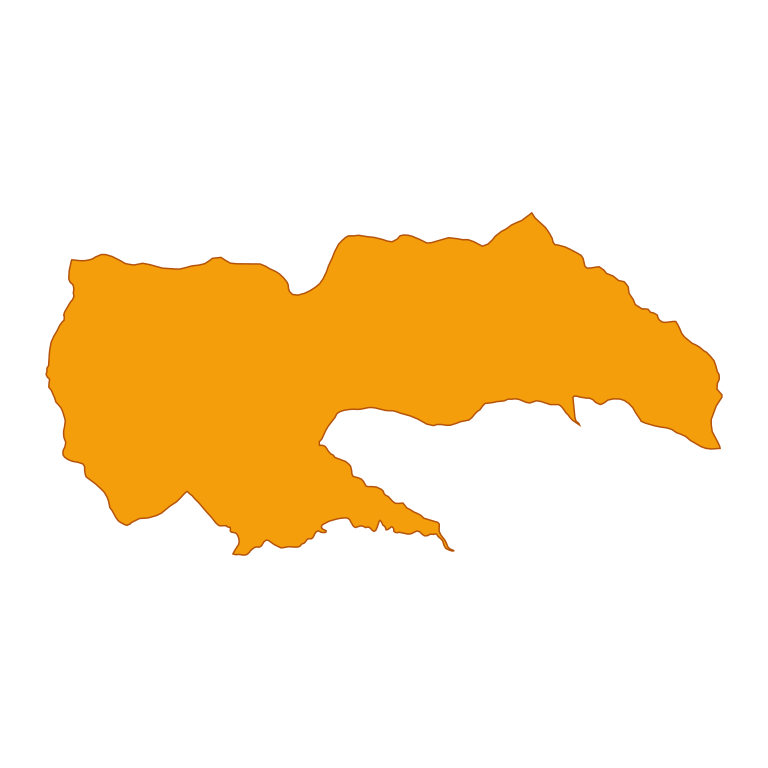 the district of Jordán Sube, Santander, Colombia
{"feature_id": "7082276B50890297817335", "entity_name": "Jordán Sube", "entity_type": "district", "adm_level": 2, "iso_a3": "COL", "parent_name": "Colombia", "parent_adm1": "Santander", "projection": "robinson", "projection_center": [-73.096, 6.712], "detail": "fine", "context": "isolated", "style": "filled", "palette": "amber", "viewbox_px": 768, "rotation_deg": 0, "n_neighbors": 0, "source": "geoboundaries", "source_scale": "gbopen_adm2", "svg_char_len": 6066}
<svg xmlns="http://www.w3.org/2000/svg" viewBox="0 0 768 768"><path d="M531.8,212.9L521.7,220.5L516.4,222.7L511.5,225.0L506.4,228.8L501.2,231.6L495.3,236.2L492.1,240.2L487.8,244.2L482.4,246.2L473.8,241.7L468.1,239.7L462.5,239.7L457.2,238.7L448.6,237.7L430.9,242.8L426.9,243.0L420.0,239.6L412.5,236.4L407.9,235.2L403.5,235.0L400.1,235.8L397.1,239.2L392.0,241.8L387.4,241.1L382.0,239.3L374.6,237.5L367.5,236.7L358.6,235.3L353.3,235.9L348.4,235.9L345.5,237.5L342.0,240.6L338.6,244.2L334.8,251.4L332.1,258.2L328.6,265.6L326.3,272.2L323.1,278.8L319.6,283.8L315.3,287.3L309.7,290.9L304.6,293.3L297.9,295.1L292.6,294.5L289.6,291.7L288.5,288.5L288.2,284.9L287.1,282.3L284.0,278.3L279.9,274.3L276.4,271.9L268.9,268.3L265.7,266.3L260.1,264.0L237.0,263.8L230.5,263.2L225.2,260.2L221.0,257.4L212.5,258.3L208.8,261.1L204.7,263.7L198.9,265.1L191.9,265.9L185.5,267.7L179.4,269.1L174.9,269.0L162.2,268.1L150.1,264.7L142.7,263.3L134.0,265.0L128.9,264.3L125.2,263.5L119.7,260.3L112.1,256.5L105.7,254.6L101.4,254.5L95.5,257.0L92.3,259.0L88.8,260.0L84.6,260.7L80.2,260.7L71.8,259.8L71.3,261.1L69.2,270.7L68.8,277.8L69.0,279.7L70.4,282.5L72.5,284.3L73.5,286.3L73.8,289.7L73.3,293.1L74.0,296.1L72.8,299.2L70.1,302.6L64.6,312.0L63.7,315.3L64.3,316.2L64.1,320.1L62.1,322.1L59.8,325.2L57.1,330.7L53.7,336.5L51.2,342.1L49.9,348.7L49.4,353.1L48.6,365.6L46.9,368.2L46.9,371.4L46.1,374.3L47.4,377.1L49.6,379.3L49.1,382.6L48.8,387.1L51.3,390.3L54.5,397.6L55.9,402.0L58.6,405.0L61.0,407.9L62.7,411.6L64.6,417.9L65.3,421.0L64.6,426.2L63.6,431.1L63.6,434.7L64.0,437.7L65.6,441.8L65.6,443.7L64.9,446.8L63.1,450.6L62.9,453.4L63.2,455.2L64.7,457.3L67.5,459.2L70.2,460.5L72.8,461.4L78.0,462.3L82.9,463.9L84.6,466.5L84.6,469.9L85.3,474.5L86.2,476.9L95.7,484.0L100.9,488.8L104.3,492.3L107.0,496.9L108.4,500.6L109.9,507.6L112.3,510.9L115.7,517.2L118.0,520.5L120.3,522.3L124.8,524.7L126.9,525.3L130.0,524.0L131.5,522.5L139.5,518.5L148.3,517.9L156.6,515.5L161.5,513.1L170.2,505.9L176.4,501.9L180.6,497.8L184.2,493.8L187.0,491.4L187.9,492.0L189.4,493.6L192.2,495.7L194.8,498.8L199.0,503.0L205.9,511.2L211.3,517.1L216.0,523.1L218.4,525.2L219.8,525.8L226.4,525.7L226.8,526.4L228.3,527.1L230.2,527.5L230.4,528.6L230.3,531.1L231.3,532.1L235.4,532.9L236.7,533.9L237.7,535.5L238.8,538.4L239.2,541.7L238.6,544.5L234.9,550.2L232.9,553.9L235.6,554.7L239.0,554.4L243.3,555.1L246.1,554.8L247.4,554.1L249.3,552.4L250.6,550.6L252.0,549.3L254.3,547.7L255.8,547.0L259.0,547.1L260.3,546.7L261.6,545.7L263.7,542.1L265.3,540.7L266.6,540.0L268.9,540.7L274.1,544.5L280.8,547.8L282.3,547.8L288.7,546.7L295.4,547.1L298.4,546.9L300.2,546.0L301.2,544.6L302.2,543.8L303.8,543.3L304.9,542.5L306.9,539.7L307.6,539.0L309.9,538.7L311.3,538.8L312.5,538.0L313.7,536.2L314.6,534.2L315.5,532.7L316.6,531.6L317.7,531.0L318.7,531.0L320.9,532.2L322.5,532.5L325.1,532.5L326.1,531.8L326.1,530.7L322.8,529.2L321.6,527.8L321.4,526.5L322.1,525.1L323.2,524.3L329.1,521.2L336.0,519.2L340.2,518.3L345.6,517.8L348.1,518.4L349.5,519.5L353.0,525.7L354.4,527.0L355.6,527.5L359.5,526.2L361.6,525.9L363.9,526.6L365.5,527.6L366.8,527.2L368.7,527.1L370.6,528.5L371.9,530.0L373.8,531.3L375.6,530.6L377.0,527.7L379.2,521.2L380.2,520.4L381.6,522.2L382.9,525.1L384.4,526.1L385.5,527.7L386.0,529.8L387.9,529.5L391.6,526.7L392.9,527.5L393.8,529.0L393.8,531.3L395.3,532.4L397.1,532.7L399.6,532.3L407.9,534.1L410.3,533.9L412.0,533.4L416.7,531.0L419.6,531.7L421.9,534.0L424.4,535.8L427.0,535.8L430.2,534.3L432.1,534.2L433.5,534.4L435.9,533.8L436.8,534.4L437.7,535.9L439.0,537.3L441.1,539.0L442.8,541.3L444.0,545.3L445.8,548.4L449.0,550.0L452.0,551.0L454.3,550.8L449.7,548.8L447.9,546.9L446.2,542.7L445.0,540.4L440.7,534.7L439.1,531.1L439.3,524.2L437.8,522.4L423.8,518.2L421.2,515.6L417.9,513.7L413.9,512.0L410.5,509.8L406.7,507.8L403.0,503.1L398.3,503.4L395.4,503.3L392.8,501.5L388.2,496.5L385.5,495.2L384.1,493.7L383.2,491.1L381.3,489.3L376.3,487.0L371.2,486.6L367.7,486.6L366.1,486.1L363.4,481.3L361.3,479.1L358.5,477.9L353.1,476.4L351.9,474.0L351.6,470.5L350.6,466.3L349.4,464.7L345.6,461.5L334.8,457.4L333.4,455.3L330.7,453.8L328.4,451.3L326.6,448.3L324.9,446.2L322.1,445.3L319.5,445.3L319.2,442.0L322.0,438.7L325.6,430.7L328.2,426.2L335.1,417.3L336.8,413.7L340.0,411.6L344.5,410.2L349.1,409.5L352.9,409.2L358.0,409.4L361.3,409.1L368.4,407.6L371.3,407.5L375.1,407.9L384.9,410.3L387.0,410.6L393.1,410.8L396.5,411.7L400.4,413.2L409.9,415.8L417.3,418.8L426.8,424.1L433.5,425.6L436.9,424.5L441.4,424.5L446.6,425.3L450.3,425.2L456.2,423.4L460.6,421.7L469.0,420.0L471.9,417.6L475.0,413.8L477.5,411.3L479.9,409.8L482.5,406.2L484.9,403.5L492.7,402.6L496.4,401.7L504.1,400.9L508.2,399.1L511.3,399.2L515.4,398.8L519.3,399.5L526.4,402.4L529.8,403.0L536.3,400.8L540.7,401.4L550.3,404.6L558.4,404.6L560.1,405.5L562.1,407.3L566.0,412.8L568.3,415.1L570.1,417.7L572.5,420.2L579.5,425.0L578.9,423.5L576.0,421.1L574.9,417.4L572.9,397.3L574.2,396.1L577.1,396.2L579.5,397.0L586.4,398.1L589.2,398.1L592.5,399.4L596.0,402.6L600.2,404.5L602.2,403.9L604.9,402.4L607.8,400.1L613.2,398.9L619.9,399.0L624.4,400.5L628.9,403.6L632.9,407.8L635.6,412.7L639.7,418.7L641.2,421.3L645.6,423.2L654.6,425.8L660.4,427.0L666.9,427.9L672.1,429.6L676.4,432.6L681.0,434.3L685.8,436.5L690.3,440.4L701.0,446.6L705.7,448.3L711.1,449.0L720.1,448.4L719.7,446.3L717.6,441.8L712.2,431.6L711.3,425.2L711.2,419.5L716.2,406.0L721.9,397.2L721.9,394.8L718.8,391.3L717.0,389.1L717.3,383.5L719.3,379.2L719.1,374.8L717.3,371.5L716.0,366.4L714.1,360.9L710.5,356.4L706.5,352.3L703.8,350.8L699.6,347.2L695.9,345.0L692.0,343.2L684.6,337.1L681.7,333.4L679.6,328.4L677.7,324.5L675.8,321.5L672.8,321.5L666.0,322.4L662.7,322.2L659.8,320.4L658.3,318.5L657.2,315.0L653.5,312.9L650.5,312.3L648.1,309.3L645.1,308.9L642.0,308.9L635.3,304.6L633.2,299.5L629.1,293.4L628.2,286.9L625.8,283.6L624.1,281.7L618.6,280.5L613.2,276.1L606.4,273.4L604.2,270.4L599.2,266.8L595.9,267.1L590.8,268.0L587.1,268.1L584.9,266.2L583.1,258.4L581.2,255.5L577.8,253.4L569.9,249.2L564.9,246.9L558.3,245.1L555.0,244.7L553.0,242.1L552.2,238.4L550.1,234.5L547.6,230.5L545.1,227.2L535.0,217.9L531.8,212.9Z" fill="#f59e0b" stroke="#b45309" stroke-width="1.5"/></svg>